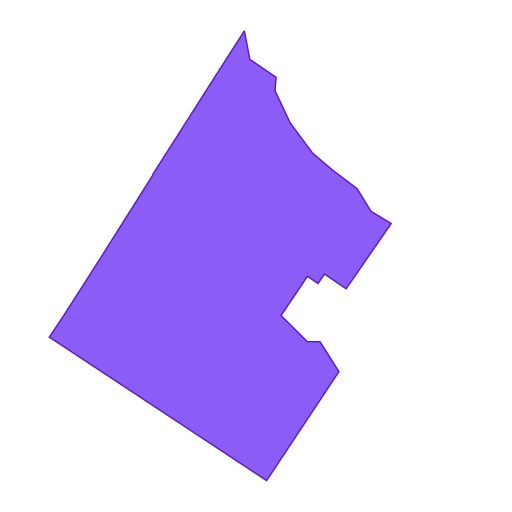 the district of Holmes, Florida, United States of America, rotated 303°
{"feature_id": "52423323B82780636991471", "entity_name": "Holmes", "entity_type": "district", "adm_level": 2, "iso_a3": "USA", "parent_name": "United States of America", "parent_adm1": "Florida", "projection": "equal_earth", "projection_center": [-85.728, 30.85], "detail": "fine", "context": "isolated", "style": "filled", "palette": "violet", "viewbox_px": 512, "rotation_deg": 303, "n_neighbors": 0, "source": "geoboundaries", "source_scale": "gbopen_adm2", "svg_char_len": 504}
<svg xmlns="http://www.w3.org/2000/svg" viewBox="0 0 512 512"><g transform="rotate(303 256 256)"><path d="M75.4,126.8L73.4,387.2L204.2,388.5L219.0,356.3L212.1,345.7L219.7,309.4L241.0,309.8L266.9,310.2L266.8,323.0L278.2,323.3L277.6,349.4L356.8,351.7L356.1,328.1L367.5,304.2L369.7,273.5L373.1,247.4L386.2,212.2L405.0,181.9L416.8,175.5L417.5,143.8L438.6,123.5L438.3,123.6L383.5,124.0L268.4,125.0L268.2,125.4L171.0,126.7L100.0,127.2L75.4,126.8Z" fill="#8b5cf6" stroke="#5b21b6" stroke-width="1.5"/></g></svg>